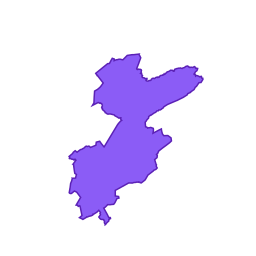 Svariņu pag., Dagdas, Latvia, rotated 145°
{"feature_id": "27541924B20848799608576", "entity_name": "Svariņu pag.", "entity_type": "district", "adm_level": 2, "iso_a3": "LVA", "parent_name": "Latvia", "parent_adm1": "Dagdas", "projection": "natural_earth1", "projection_center": [27.7, 56.101], "detail": "fine", "context": "isolated", "style": "filled", "palette": "violet", "viewbox_px": 256, "rotation_deg": 145, "n_neighbors": 0, "source": "geoboundaries", "source_scale": "gbopen_adm2", "svg_char_len": 5615}
<svg xmlns="http://www.w3.org/2000/svg" viewBox="0 0 256 256"><g transform="rotate(145 128 128)"><path d="M202.0,61.9L201.5,61.9L200.3,62.4L197.0,62.9L196.3,63.9L195.1,64.0L194.3,63.8L194.0,64.3L193.9,64.8L194.0,65.0L195.1,65.5L195.0,66.4L194.6,68.8L194.4,70.5L194.3,71.7L193.8,76.3L192.2,76.2L189.8,76.6L188.6,76.9L187.9,76.3L186.6,75.4L185.4,74.8L183.5,73.7L181.6,74.3L177.6,76.5L175.6,75.8L175.0,77.3L177.4,79.6L174.2,84.2L159.0,82.6L157.2,81.3L157.0,81.2L156.3,80.6L155.5,80.2L154.7,80.1L152.7,78.9L152.1,78.8L151.0,78.0L150.4,77.8L150.4,77.5L150.0,77.4L149.3,76.6L149.3,76.4L149.4,76.2L148.6,75.4L144.4,75.6L143.6,75.7L138.7,78.0L131.9,78.3L131.2,78.6L128.9,78.1L127.1,78.5L126.9,78.9L126.9,80.3L126.6,80.8L125.8,81.5L125.9,82.0L125.7,82.5L124.3,86.8L121.2,87.1L119.8,88.6L119.8,90.0L119.0,90.1L118.5,90.0L116.1,91.5L111.3,91.8L107.0,91.9L102.2,92.1L99.8,92.5L98.4,95.3L99.7,99.0L103.1,101.2L103.2,103.0L103.1,103.6L102.3,105.9L101.6,107.4L101.2,108.1L103.4,108.5L110.5,109.4L108.3,111.7L107.5,113.2L109.0,115.4L110.0,115.8L111.3,116.5L112.0,116.7L112.0,117.1L112.1,118.0L112.9,118.9L110.6,122.9L109.6,123.1L109.0,123.3L107.7,123.9L105.5,124.3L104.9,124.9L104.7,125.3L104.5,125.5L102.3,125.6L102.1,125.6L102.0,125.3L97.9,125.3L96.4,125.0L94.3,125.4L93.3,124.7L92.3,125.1L91.4,124.4L91.1,124.3L90.6,124.3L90.0,124.2L89.1,124.4L88.8,124.3L88.0,124.2L87.1,124.6L86.2,124.8L82.1,124.6L72.6,122.6L72.0,122.4L70.4,122.2L65.2,121.4L60.4,121.2L59.3,121.9L56.5,121.3L56.4,121.6L51.8,121.6L49.5,122.8L48.1,122.8L43.9,124.4L42.1,123.4L38.8,124.8L38.6,125.1L38.2,125.9L38.9,126.5L38.8,127.6L38.4,127.8L38.4,128.3L38.5,128.3L39.3,128.7L39.7,128.8L39.8,128.8L39.8,129.0L40.1,129.2L40.8,130.6L41.8,131.8L42.0,131.9L42.8,131.8L42.3,133.0L42.7,133.6L43.1,133.9L43.1,134.0L42.9,134.4L41.9,134.4L41.7,134.8L40.6,135.3L40.1,135.4L38.7,135.4L37.6,136.1L36.8,136.8L37.7,137.7L38.2,137.8L38.3,138.4L38.2,138.5L38.3,138.6L38.1,139.7L38.6,140.1L38.6,140.3L39.7,140.3L40.1,140.4L40.4,140.6L40.9,141.2L41.7,141.7L42.5,142.0L42.9,142.4L42.7,142.6L42.9,142.8L43.1,142.9L43.2,143.5L43.4,143.7L43.4,144.1L43.4,144.3L43.5,144.5L43.9,144.8L45.4,145.3L47.0,145.2L47.3,145.2L48.5,145.7L49.5,145.7L49.9,146.2L50.2,146.4L50.5,146.9L50.7,147.2L51.3,147.3L52.0,147.9L52.6,148.1L53.9,148.7L56.1,149.3L56.8,148.9L57.0,148.4L57.2,148.2L57.8,148.2L58.3,148.5L58.4,148.8L58.3,149.1L58.7,150.0L59.2,150.3L60.0,150.9L60.3,150.9L61.3,150.8L62.4,151.0L62.9,151.2L63.9,151.5L64.2,151.4L64.8,151.2L65.7,151.2L67.1,150.9L67.7,151.1L67.8,151.2L67.7,151.5L68.4,151.2L68.6,151.2L68.8,151.3L69.1,151.6L69.5,151.4L70.9,152.2L71.4,152.3L72.6,152.2L73.3,151.8L73.7,152.2L74.6,152.2L74.9,152.6L74.8,152.9L76.1,153.4L77.9,153.3L78.5,154.1L78.8,154.1L79.2,154.5L79.8,154.7L80.4,154.5L81.0,154.5L81.5,154.1L82.2,154.0L83.4,154.7L84.6,154.9L85.3,155.4L85.6,155.7L86.0,156.5L85.8,156.9L84.8,157.2L84.3,157.2L84.4,157.6L84.2,157.8L85.4,158.6L85.9,159.1L85.9,159.4L86.0,159.9L86.9,160.6L87.2,161.3L87.2,161.6L87.1,162.0L86.6,162.4L86.2,162.4L86.1,162.5L86.3,162.9L86.3,163.2L85.9,163.9L85.8,164.5L86.4,165.5L85.9,165.6L85.6,165.3L85.4,165.3L85.3,166.2L83.9,167.5L83.8,168.2L84.1,168.8L84.4,168.9L84.6,169.3L85.6,169.9L85.8,170.4L86.0,170.5L86.7,170.5L86.9,170.6L87.0,171.0L86.9,171.3L86.8,171.7L82.0,174.9L81.5,175.3L77.3,178.2L76.9,180.7L76.9,182.0L76.5,182.2L81.1,184.7L82.6,185.7L87.0,187.9L93.1,186.8L93.6,187.3L95.0,188.9L96.1,189.6L97.1,189.9L98.7,190.7L100.7,191.1L99.7,192.4L100.9,194.1L102.3,193.5L106.2,191.5L107.8,192.4L123.1,191.3L123.2,188.6L122.9,188.6L122.9,187.4L122.5,179.1L125.9,177.9L127.7,177.4L131.0,177.1L131.7,177.2L134.2,177.4L137.9,172.8L141.5,168.1L144.2,166.9L137.8,166.0L137.6,165.8L137.6,165.6L137.4,165.4L137.3,165.1L137.1,164.8L136.6,164.6L136.7,164.3L136.1,164.0L136.0,163.4L135.6,163.1L135.6,162.9L135.8,162.3L135.9,161.7L136.0,161.0L135.8,160.9L136.1,160.9L137.7,160.1L137.7,159.4L137.7,158.8L138.1,158.8L138.3,157.6L138.3,157.3L138.0,156.6L137.8,155.5L137.6,154.8L137.6,154.5L137.9,153.7L137.4,152.9L137.1,151.8L136.6,151.0L136.2,150.7L135.6,150.4L134.3,149.5L131.8,146.6L131.7,146.3L131.8,145.7L130.6,143.3L129.8,141.3L128.6,140.9L128.3,140.7L128.0,140.3L128.8,139.9L129.0,138.6L128.8,137.9L130.1,137.9L131.9,137.5L133.2,137.2L134.7,136.7L158.4,126.2L158.5,126.3L158.8,130.6L158.8,133.4L162.1,134.6L164.2,132.3L169.9,133.6L170.1,135.1L170.6,135.7L172.0,136.2L172.6,137.1L173.4,137.2L176.1,136.8L176.9,137.1L177.9,137.0L179.4,137.6L183.6,137.4L184.3,139.7L186.8,139.5L188.0,138.9L192.5,138.5L192.3,137.8L192.8,137.2L193.4,137.0L193.5,136.5L192.7,136.0L192.1,135.0L191.9,134.6L191.1,134.1L190.9,133.8L190.9,133.3L190.7,132.9L190.3,132.8L189.8,133.0L189.2,132.7L189.1,131.8L189.2,131.6L189.3,131.7L190.6,131.0L193.5,130.0L193.3,129.9L196.7,123.3L197.6,121.3L196.9,119.5L198.8,117.9L199.6,117.1L200.5,117.5L202.4,118.8L202.4,118.7L203.7,117.7L204.3,117.1L206.8,115.5L209.4,112.6L213.3,108.7L213.1,107.8L212.8,107.4L212.2,107.0L211.8,106.8L208.1,107.1L207.5,106.1L206.8,104.8L206.6,98.3L214.7,94.6L213.7,93.7L213.7,92.3L212.2,92.0L212.1,91.5L215.9,82.7L219.2,82.4L217.9,80.1L217.4,79.0L213.6,78.7L212.8,78.9L212.4,78.4L211.4,78.2L210.7,78.1L208.6,77.2L206.8,76.9L206.1,77.5L205.7,77.1L201.6,76.9L199.3,77.3L199.4,77.0L199.0,76.3L199.1,76.2L199.0,75.1L199.1,74.5L200.0,74.1L200.2,72.8L200.5,72.6L201.7,72.3L202.1,72.0L202.9,71.9L203.0,71.8L202.8,71.1L203.0,70.4L202.8,69.8L202.8,69.2L202.6,68.9L201.9,68.0L201.1,67.6L200.5,66.9L200.7,66.7L200.7,65.7L200.8,65.4L200.7,65.2L201.0,64.5L201.4,64.4L201.7,63.9L201.9,62.9L201.8,62.6L201.6,62.5L201.7,62.4L201.5,62.2L201.9,62.0L202.0,61.9Z" fill="#8b5cf6" stroke="#5b21b6" stroke-width="1.5"/></g></svg>